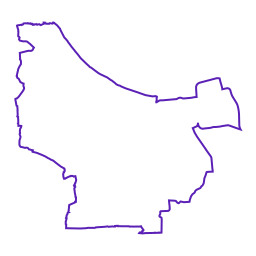 Kota Jakarta Barat, Jakarta Raya, Indonesia
{"feature_id": "22746128B58252967349746", "entity_name": "Kota Jakarta Barat", "entity_type": "district", "adm_level": 2, "iso_a3": "IDN", "parent_name": "Indonesia", "parent_adm1": "Jakarta Raya", "projection": "mercator", "projection_center": [106.751, -6.161], "detail": "fine", "context": "isolated", "style": "outline", "palette": "violet", "viewbox_px": 256, "rotation_deg": 0, "n_neighbors": 0, "source": "geoboundaries", "source_scale": "gbopen_adm2", "svg_char_len": 5538}
<svg xmlns="http://www.w3.org/2000/svg" viewBox="0 0 256 256"><path d="M57.3,25.5L53.9,22.7L53.6,23.0L53.0,22.7L52.5,23.6L51.7,23.5L50.8,23.3L49.8,23.2L49.1,23.5L49.0,23.8L48.0,23.7L46.9,23.8L46.5,23.6L45.8,23.6L45.7,23.3L45.2,23.2L45.0,22.9L44.9,22.6L43.7,22.6L44.0,23.7L42.5,24.3L41.3,24.9L40.6,25.1L39.3,24.2L37.2,24.7L36.9,23.6L36.9,23.8L35.6,24.3L34.9,24.4L34.4,24.7L33.1,24.8L33.1,24.5L33.2,24.3L32.7,24.3L32.7,24.1L32.4,23.9L32.2,24.2L31.9,24.2L31.8,23.8L30.5,23.4L30.3,23.8L28.1,23.2L28.0,23.5L26.0,23.3L24.5,23.3L23.5,23.5L23.1,24.4L22.0,24.8L22.0,24.6L18.8,25.2L18.2,25.2L17.0,25.6L17.1,26.2L18.2,29.7L18.3,30.5L18.2,31.3L18.4,31.8L18.2,35.6L18.3,36.4L18.8,36.6L19.3,37.1L19.6,37.6L19.0,39.2L19.1,39.5L19.7,40.4L19.9,40.6L22.8,41.3L25.6,41.3L26.8,41.5L27.2,41.7L30.0,43.9L32.0,45.8L33.9,47.6L32.4,50.2L31.5,50.7L30.8,50.9L29.5,50.8L28.2,50.8L19.8,52.9L19.9,53.9L20.1,58.8L20.0,59.4L20.6,60.1L20.8,60.7L21.0,62.0L20.9,64.0L20.8,64.4L20.4,64.9L19.5,66.4L18.3,68.9L16.7,75.9L17.0,76.0L17.1,77.4L17.3,77.8L17.5,78.0L18.5,78.6L18.9,79.1L20.4,82.1L20.6,82.2L21.4,82.6L22.3,83.2L23.6,83.6L23.4,85.9L24.0,87.6L24.1,88.4L23.8,89.3L23.4,89.9L23.4,90.3L18.8,96.6L17.1,98.3L15.4,98.9L15.5,100.8L15.7,101.2L16.0,102.9L16.4,105.3L16.7,105.9L17.3,106.1L17.6,110.2L17.5,110.3L17.7,115.1L17.3,116.5L18.1,116.9L18.1,117.7L18.2,119.3L18.3,123.9L18.2,123.9L18.3,124.1L18.4,125.9L19.7,125.8L21.3,125.9L21.3,126.4L21.0,127.4L20.2,128.7L19.8,131.3L20.1,133.2L19.7,133.7L19.7,134.2L19.9,135.1L20.5,136.5L20.5,137.1L20.3,137.9L19.5,140.4L19.4,143.8L19.5,145.2L20.5,146.8L22.8,147.3L23.5,147.4L24.5,147.8L25.6,147.8L25.9,147.7L26.9,147.7L28.0,148.1L28.6,148.9L29.0,149.4L30.0,149.5L31.9,150.2L32.3,150.1L32.9,150.3L32.4,151.6L32.5,151.8L35.1,152.4L37.6,153.1L38.8,153.7L39.4,153.9L41.2,154.6L45.0,156.3L46.1,156.9L48.0,158.1L49.2,158.6L50.8,159.6L53.2,160.6L56.4,163.2L60.9,166.6L64.3,168.5L64.3,169.0L64.6,169.2L64.7,170.5L64.7,170.8L64.6,171.2L64.2,171.4L64.1,171.6L64.1,172.2L63.6,172.4L63.7,172.8L63.2,173.9L63.2,174.6L63.4,176.8L64.0,178.7L64.6,178.6L65.1,178.4L65.2,178.6L67.7,177.2L70.1,176.2L70.1,176.3L70.7,176.2L71.8,175.9L72.3,175.9L73.3,176.2L73.4,176.4L73.8,176.6L74.3,176.5L74.3,176.3L75.4,176.2L76.2,180.0L75.7,182.0L75.0,183.3L75.2,183.6L74.1,185.2L74.9,185.7L74.8,186.1L74.5,186.4L75.2,187.0L74.3,188.3L74.4,189.8L74.6,190.2L74.7,192.0L75.6,196.6L75.5,197.0L76.0,197.3L75.9,201.8L75.0,201.8L74.9,202.5L69.2,205.0L69.1,206.4L68.9,206.8L69.0,207.2L69.0,207.7L68.7,209.6L68.8,210.2L68.5,211.0L68.3,212.0L68.7,212.3L68.0,212.5L67.6,212.9L67.3,214.5L66.7,215.1L66.6,216.2L66.0,218.0L66.6,218.2L66.4,219.4L65.7,221.6L65.8,221.9L65.7,223.1L65.8,224.3L66.2,224.5L66.2,225.0L66.1,228.2L80.1,228.5L86.0,228.2L88.2,227.8L89.6,227.9L93.6,227.9L95.0,227.8L95.7,227.6L95.8,227.4L96.5,227.3L104.6,226.8L107.6,226.4L108.5,226.8L112.4,226.4L113.7,226.6L115.0,226.5L115.0,226.0L117.2,225.8L117.6,225.8L117.6,226.2L127.2,226.3L128.2,226.2L128.9,226.4L129.5,226.4L129.7,226.6L130.5,226.5L133.8,226.6L137.5,226.5L139.1,226.6L141.1,226.3L141.3,226.9L141.5,227.4L142.2,228.2L142.8,229.1L143.4,229.8L143.5,230.2L143.1,230.8L142.1,231.2L142.1,232.2L142.0,232.4L142.1,232.7L142.0,232.8L141.5,233.0L140.1,232.3L139.5,232.6L139.2,233.1L143.0,233.4L144.3,233.2L145.1,233.1L155.3,232.9L155.3,232.7L156.6,232.9L158.1,232.7L158.1,232.8L158.5,232.8L159.2,232.8L159.2,232.6L160.6,232.7L161.5,232.6L161.7,219.9L161.6,218.2L161.4,217.7L161.2,217.5L159.7,216.7L159.4,216.1L159.5,215.4L160.2,214.2L160.3,211.6L160.6,211.3L161.0,211.2L168.1,210.9L168.5,210.8L169.1,210.3L169.6,209.5L169.7,209.1L169.6,206.3L169.2,202.9L169.0,200.4L174.5,200.7L175.7,200.9L176.3,201.4L176.5,201.8L177.4,202.7L178.3,203.2L178.9,203.1L180.6,201.5L183.9,202.2L189.5,201.8L189.9,199.7L190.8,197.0L191.3,195.9L192.1,194.7L192.8,194.0L194.3,192.9L194.8,192.3L195.1,191.3L195.9,190.3L196.7,189.7L198.1,189.1L200.3,188.0L200.7,187.5L201.4,186.3L202.3,185.7L202.9,184.8L203.4,183.9L203.8,182.7L204.4,178.3L205.7,175.1L206.5,172.3L206.6,172.1L207.5,171.9L210.7,171.7L212.7,171.7L212.7,170.5L212.4,168.7L211.5,158.7L211.3,157.5L211.0,156.7L206.5,150.4L205.2,148.4L197.0,136.6L194.9,133.1L194.3,131.8L193.5,129.8L192.8,128.1L196.1,126.6L196.7,126.3L197.2,125.8L197.7,124.9L197.8,124.3L198.0,122.8L198.3,126.1L198.9,126.2L199.5,127.2L200.7,128.2L202.1,128.7L203.2,128.7L205.0,128.4L208.4,128.1L211.1,127.7L212.5,127.2L214.0,127.0L215.7,127.0L219.8,126.6L222.1,126.1L227.9,125.2L229.8,125.7L237.3,128.4L240.6,129.5L240.1,128.5L239.8,127.8L239.3,125.8L239.0,113.6L238.7,110.8L238.2,107.9L237.5,105.2L237.0,104.0L236.2,102.5L232.5,96.5L231.6,94.6L230.7,91.7L230.3,90.1L229.7,89.2L228.7,88.5L227.6,88.2L226.2,88.4L223.0,89.1L222.3,89.3L222.2,88.3L221.8,86.5L220.4,81.7L219.6,78.4L218.4,78.2L216.7,78.2L200.0,82.6L198.9,83.0L197.6,83.9L196.8,84.8L196.3,85.9L196.1,87.0L196.1,88.7L196.6,97.0L194.2,97.2L191.2,97.8L183.4,98.5L182.4,98.3L181.0,97.8L179.9,97.7L178.6,98.0L176.5,99.1L162.9,100.3L161.0,100.3L159.5,100.5L159.1,100.7L156.5,102.3L156.3,102.3L156.2,101.9L156.5,100.8L156.7,99.9L156.6,97.9L156.7,97.3L157.0,96.9L156.9,96.7L155.9,96.3L155.7,96.1L152.5,96.4L145.4,95.1L137.2,92.2L125.8,88.4L121.3,86.5L120.0,85.7L117.8,85.1L116.2,84.2L115.2,83.2L114.8,82.8L113.5,81.9L112.1,80.7L110.9,80.1L107.3,77.5L100.7,74.4L98.4,73.1L94.1,69.9L91.1,67.6L89.9,67.1L88.7,65.8L86.9,64.2L84.4,61.8L83.9,61.3L80.7,58.2L77.4,53.9L75.5,51.7L74.2,50.0L71.5,46.7L69.5,43.9L68.5,42.7L67.6,41.2L65.9,39.1L65.1,38.3L64.4,37.6L60.9,30.9L60.2,29.4L60.1,28.8L58.9,27.5L57.3,25.5Z" fill="none" stroke="#5b21b6" stroke-width="2"/></svg>